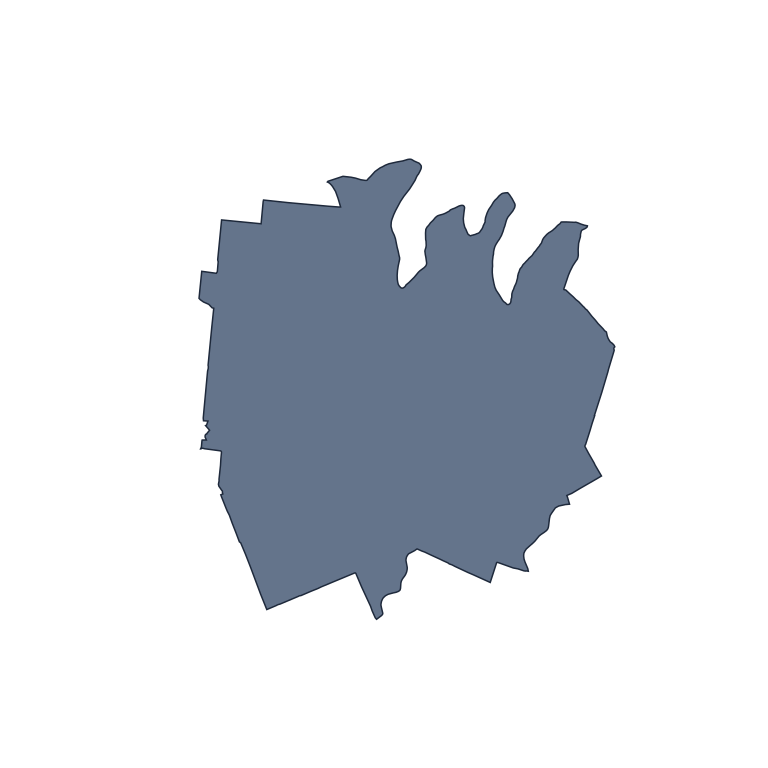 outline of Rasuceni, Giurgiu, Romania, rotated 38°
{"feature_id": "2599482B42533582324930", "entity_name": "Rasuceni", "entity_type": "district", "adm_level": 2, "iso_a3": "ROU", "parent_name": "Romania", "parent_adm1": "Giurgiu", "projection": "albers", "projection_center": [25.697, 44.069], "detail": "fine", "context": "isolated", "style": "filled", "palette": "slate", "viewbox_px": 768, "rotation_deg": 38, "n_neighbors": 0, "source": "geoboundaries", "source_scale": "gbopen_adm2", "svg_char_len": 6170}
<svg xmlns="http://www.w3.org/2000/svg" viewBox="0 0 768 768"><g transform="rotate(38 384 384)"><path d="M604.2,364.5L598.4,360.3L596.7,359.3L599.3,354.6L602.7,345.8L610.2,327.3L612.0,322.6L600.2,317.9L598.3,316.9L587.7,312.6L580.9,309.6L580.6,309.4L580.2,308.5L580.0,307.3L575.0,293.8L572.3,287.0L569.5,279.2L569.2,279.3L560.9,256.8L553.0,236.7L551.7,233.8L545.1,216.8L544.5,215.5L543.9,215.2L543.1,214.4L542.9,213.5L542.9,212.9L543.0,212.6L541.4,211.8L539.0,211.4L536.4,211.5L534.3,210.8L532.6,210.1L530.5,208.8L527.2,206.1L525.1,206.2L522.6,205.6L515.4,204.6L511.4,203.6L506.3,202.7L498.3,200.7L496.5,200.8L494.5,200.3L493.4,200.3L486.8,199.3L483.3,199.3L479.5,198.8L474.6,198.5L469.4,198.0L467.7,198.8L467.2,198.5L462.4,184.9L461.2,180.5L460.0,174.5L459.6,169.7L459.5,166.6L458.8,164.7L457.9,163.0L454.3,158.6L450.8,153.4L449.1,149.5L448.1,147.0L446.6,144.9L445.4,142.3L445.2,141.3L445.5,140.3L447.0,137.3L447.3,136.0L447.4,135.0L446.9,134.1L444.1,135.5L440.5,136.8L437.9,137.5L436.2,138.1L435.4,138.5L434.6,139.3L428.1,143.9L424.3,146.9L423.9,147.4L424.0,148.6L423.9,149.8L423.4,151.2L423.1,153.1L422.9,155.7L422.7,156.5L422.2,159.4L421.3,162.0L420.8,163.2L420.2,165.8L420.0,168.4L419.9,170.5L420.1,172.4L421.3,176.1L421.3,178.5L421.5,179.6L421.4,182.3L421.5,186.1L421.3,187.5L421.6,191.6L420.8,196.2L420.9,196.9L420.5,200.3L420.4,202.3L420.2,203.3L420.1,204.5L420.5,207.2L420.3,209.1L420.6,210.4L421.4,212.6L421.7,213.9L422.9,216.6L424.0,218.3L424.9,220.5L425.7,222.3L426.1,223.5L426.9,227.1L427.8,229.6L428.1,231.1L428.3,231.9L429.3,234.3L431.3,237.1L432.1,239.2L433.0,240.5L433.6,241.8L433.7,242.3L433.7,243.6L433.3,244.5L432.9,245.0L431.9,245.6L431.5,245.6L429.9,245.3L427.8,245.4L426.0,245.1L420.0,242.8L414.8,241.1L411.8,239.5L408.6,237.0L403.8,232.8L400.7,229.5L398.2,226.2L397.1,224.4L394.7,221.5L393.6,220.0L391.2,216.1L390.3,214.2L389.0,212.4L387.7,209.8L386.8,207.5L386.3,205.2L385.9,201.7L385.8,199.1L385.1,194.6L383.8,190.3L382.6,187.3L382.0,185.3L380.1,180.7L379.4,178.8L378.9,176.2L378.9,174.9L379.0,168.6L378.9,167.9L378.4,164.7L377.5,162.8L376.7,161.9L376.0,161.4L370.9,159.1L366.4,157.6L363.7,157.1L361.7,158.9L360.1,160.7L359.6,161.7L358.9,164.6L358.7,168.5L358.3,170.8L358.3,171.8L358.3,173.5L358.8,176.9L359.1,182.0L359.8,185.2L360.3,186.8L361.6,190.4L363.1,193.1L363.9,194.0L364.9,198.6L365.2,199.1L365.7,201.2L365.9,205.6L365.8,206.2L365.5,207.1L364.5,208.6L363.7,210.2L363.2,210.7L362.4,211.9L361.7,212.7L361.1,213.7L360.8,214.0L360.0,214.2L357.9,214.2L355.4,212.9L353.5,211.8L351.2,210.8L347.6,208.0L344.7,204.9L341.7,200.1L339.0,195.5L338.1,194.8L336.8,194.5L335.7,195.0L334.8,195.8L333.6,197.4L331.4,202.0L330.3,203.7L329.1,206.0L329.0,207.5L327.2,211.7L326.0,213.8L323.6,217.0L322.7,218.5L322.4,219.4L322.0,221.2L321.9,224.9L321.4,228.4L321.5,231.5L321.3,233.8L321.6,235.7L321.8,236.5L323.8,239.5L327.8,244.4L329.2,245.6L332.0,248.9L333.0,250.7L333.8,252.9L334.4,254.1L337.0,256.7L339.1,258.5L343.0,262.3L343.6,263.1L344.2,264.7L344.2,265.7L344.0,267.6L342.6,272.7L342.3,274.7L342.1,281.3L341.2,288.5L340.4,292.2L340.4,292.9L340.6,293.7L340.5,295.0L340.0,296.4L339.6,297.0L338.9,297.5L338.4,297.7L337.5,297.7L335.4,297.3L333.9,296.7L332.1,295.3L330.2,293.5L327.5,290.3L324.8,286.3L322.5,282.2L319.6,276.2L318.6,274.9L316.4,273.2L313.5,270.7L310.1,268.1L303.6,262.5L300.6,260.5L296.2,258.3L292.7,255.6L291.8,254.5L290.1,252.0L289.3,250.4L288.7,248.7L287.4,244.6L286.4,240.4L284.6,230.1L284.1,224.0L284.1,214.5L283.7,210.2L283.1,204.4L282.1,200.5L281.9,199.0L281.9,197.3L281.3,194.0L280.7,191.6L279.9,190.1L279.0,189.2L277.6,188.7L275.9,188.4L275.2,188.5L273.8,188.9L270.5,189.7L267.4,190.1L266.1,190.8L264.6,192.2L261.5,196.6L257.3,201.3L252.3,207.4L250.3,210.8L249.1,213.7L247.9,216.0L246.7,220.0L246.1,222.1L245.6,228.9L245.2,231.8L245.2,233.7L244.9,234.3L243.9,235.1L240.0,237.3L234.8,239.3L230.8,241.3L223.8,245.6L215.0,258.8L215.0,259.7L216.2,259.4L217.7,259.3L220.0,259.6L222.0,260.1L227.3,262.1L233.5,266.0L240.8,271.2L239.5,272.3L230.2,278.5L196.8,300.1L175.8,313.2L176.5,314.7L188.5,333.4L155.0,354.7L176.4,388.4L177.5,389.4L177.9,389.5L183.5,398.1L183.7,400.0L171.0,407.4L185.5,430.4L187.5,430.7L191.3,430.5L196.9,429.1L201.7,429.8L203.2,429.1L213.9,446.2L233.8,477.5L234.9,478.5L235.9,479.9L237.0,482.4L262.5,522.1L264.4,524.1L268.1,521.6L269.5,525.7L269.0,526.6L275.0,527.8L274.9,532.2L275.1,532.5L274.6,533.2L274.6,534.4L275.6,535.9L278.5,537.5L275.2,540.1L275.5,540.8L278.6,545.6L279.1,546.6L279.4,548.1L279.7,547.9L279.8,547.1L280.1,546.6L280.6,546.3L282.6,545.4L296.4,537.3L297.0,537.3L297.6,537.5L298.0,537.9L301.4,543.2L305.4,549.0L312.6,560.6L313.7,561.9L314.9,564.3L315.3,565.0L316.8,566.2L321.6,567.7L322.5,567.8L323.6,569.1L324.7,569.9L323.6,571.8L325.7,573.1L335.6,578.9L338.8,580.7L342.9,582.6L350.2,587.2L359.0,592.4L367.2,597.4L368.9,597.4L379.8,603.5L391.4,610.4L416.2,625.6L430.5,633.9L435.4,625.1L436.2,623.3L437.6,621.4L447.4,603.8L447.7,603.0L448.8,601.9L454.3,591.9L457.8,585.9L459.5,582.4L477.2,551.0L477.6,550.6L478.3,550.5L491.1,557.6L510.2,567.4L514.2,570.0L521.0,573.6L523.0,574.0L524.6,568.1L524.7,566.9L524.6,566.1L524.2,565.4L519.9,562.0L517.6,560.0L516.8,558.7L515.8,556.7L515.1,553.9L515.1,552.6L515.5,550.0L516.7,547.2L520.0,542.8L521.7,540.8L522.9,538.8L523.3,537.8L523.5,536.4L522.8,534.8L519.8,530.4L519.0,528.5L518.6,526.6L518.5,524.9L518.5,523.0L518.3,520.9L517.6,518.3L517.0,517.0L516.2,515.5L515.2,514.2L510.0,509.6L509.1,508.3L508.2,506.3L507.9,503.9L507.9,502.9L508.0,502.5L510.3,497.4L510.8,496.2L511.4,494.0L511.6,493.7L511.9,493.5L516.8,492.3L519.5,491.4L526.2,489.9L536.3,487.5L539.2,486.9L544.5,485.6L546.2,485.6L549.1,484.6L552.0,484.1L566.0,480.9L571.7,479.4L589.9,475.0L582.8,455.6L582.8,455.1L583.5,454.6L585.5,453.9L599.1,449.4L603.4,447.2L609.3,445.1L610.5,444.4L611.7,443.4L613.0,442.7L610.9,440.9L604.6,437.4L602.1,435.7L600.1,433.7L599.4,432.8L598.4,431.2L597.9,429.0L597.7,426.3L598.4,422.3L599.4,417.1L599.7,414.6L599.7,412.6L599.8,408.4L600.3,406.1L601.5,402.5L602.3,399.4L602.3,398.6L602.3,397.6L601.9,396.1L601.2,394.7L597.2,388.1L595.9,385.3L595.6,382.4L595.3,376.1L596.8,372.6L601.2,367.3L604.2,364.5Z" fill="#64748b" stroke="#1e293b" stroke-width="1.5"/></g></svg>